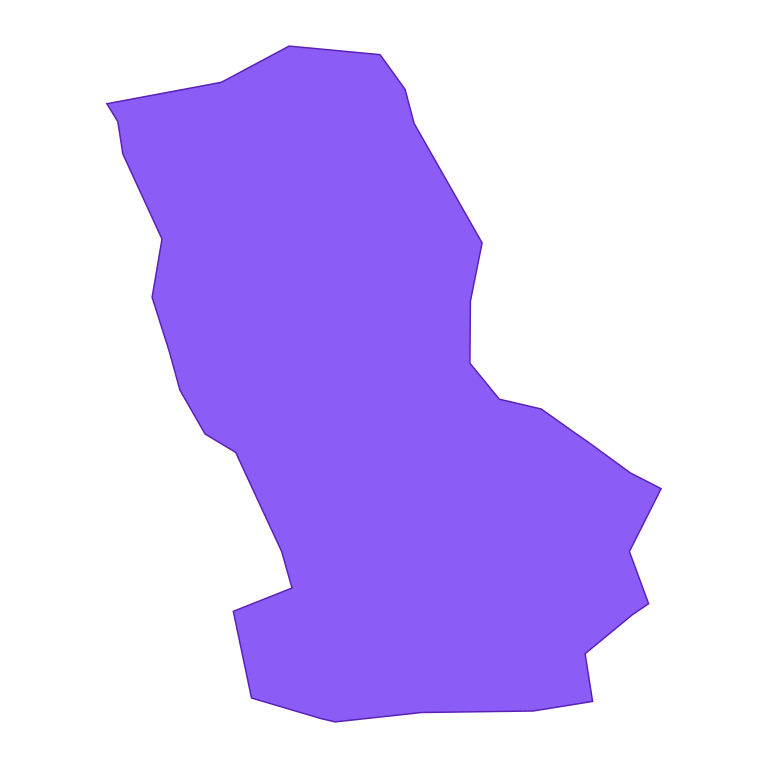 Bayan-O'ndor, Övörhangay, Mongolia (Equal Earth projection)
{"feature_id": "93677404B89129969476905", "entity_name": "Bayan-O'ndor", "entity_type": "district", "adm_level": 2, "iso_a3": "MNG", "parent_name": "Mongolia", "parent_adm1": "Övörhangay", "projection": "equal_earth", "projection_center": [104.264, 46.509], "detail": "fine", "context": "isolated", "style": "filled", "palette": "violet", "viewbox_px": 768, "rotation_deg": 0, "n_neighbors": 0, "source": "geoboundaries", "source_scale": "gbopen_adm2", "svg_char_len": 595}
<svg xmlns="http://www.w3.org/2000/svg" viewBox="0 0 768 768"><path d="M380.1,54.7L289.1,46.1L221.3,82.3L106.9,103.7L117.8,121.6L122.9,154.1L162.0,239.0L152.1,297.3L169.4,351.8L180.0,390.3L205.1,434.0L235.7,452.4L281.7,551.6L292.0,588.0L233.3,611.3L251.5,698.0L321.0,718.6L335.0,721.9L421.5,712.5L533.0,711.0L592.6,701.4L585.1,653.7L632.5,614.6L648.6,603.7L629.4,551.5L661.0,488.9L661.1,488.7L630.3,472.9L596.2,448.0L587.3,441.5L574.7,432.8L541.2,409.0L499.3,399.2L469.9,363.2L470.4,301.3L482.1,242.9L414.1,123.4L405.1,89.4L380.1,54.7Z" fill="#8b5cf6" stroke="#5b21b6" stroke-width="1.5"/></svg>